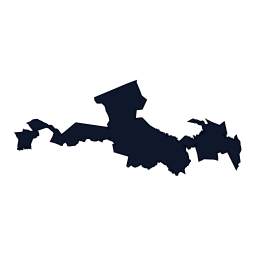 outline of San Marcos Arteaga, Oaxaca, Mexico
{"feature_id": "50627088B92396547767690", "entity_name": "San Marcos Arteaga", "entity_type": "district", "adm_level": 2, "iso_a3": "MEX", "parent_name": "Mexico", "parent_adm1": "Oaxaca", "projection": "mercator", "projection_center": [-97.907, 17.746], "detail": "fine", "context": "isolated", "style": "filled", "palette": "ink", "viewbox_px": 256, "rotation_deg": 0, "n_neighbors": 0, "source": "geoboundaries", "source_scale": "gbopen_adm2", "svg_char_len": 5930}
<svg xmlns="http://www.w3.org/2000/svg" viewBox="0 0 256 256"><path d="M136.1,80.9L126.8,84.4L94.9,97.8L95.1,100.0L96.7,102.3L97.2,102.8L99.2,103.0L101.6,102.6L104.0,104.6L105.3,106.1L106.3,109.6L106.4,110.9L106.8,111.4L108.5,114.7L109.3,116.8L110.1,120.8L107.8,124.2L108.8,127.9L75.9,123.1L63.8,133.2L61.2,134.9L57.6,129.9L56.5,129.3L55.8,129.2L54.7,129.3L53.3,127.5L52.3,126.4L51.4,125.7L50.9,125.5L49.6,125.7L48.5,125.6L47.9,125.3L47.1,124.5L45.8,123.8L43.5,122.9L42.8,122.8L41.8,121.7L40.8,121.5L40.0,121.0L39.2,120.8L37.6,119.7L36.4,119.6L34.2,119.9L32.6,120.3L30.5,122.1L29.5,122.3L27.6,123.1L28.9,123.8L29.6,125.5L34.4,131.2L30.8,131.6L29.1,131.1L28.4,130.7L27.4,130.4L24.3,130.1L23.7,129.7L22.8,132.5L15.4,133.0L16.5,134.7L16.9,136.1L17.7,137.2L18.3,137.7L18.7,138.5L19.0,139.6L19.0,141.5L18.7,142.4L18.2,145.7L18.1,146.2L18.4,147.8L18.2,148.2L17.7,148.8L17.7,149.0L19.5,149.8L20.0,149.6L20.6,149.1L20.9,148.6L20.9,148.2L21.1,148.1L21.3,148.3L21.4,149.0L22.1,149.5L22.9,149.0L22.9,148.8L22.4,148.0L23.0,147.2L23.3,147.1L23.9,147.1L24.3,146.8L24.5,147.0L25.0,148.6L25.4,148.5L25.7,148.1L26.4,148.0L26.5,147.4L27.0,147.6L27.1,148.3L27.2,148.5L27.4,148.5L27.8,148.2L28.0,147.6L29.1,148.2L29.3,148.2L29.6,147.8L30.6,148.3L30.3,144.0L32.6,138.0L34.9,137.6L35.9,137.2L36.2,136.6L36.9,135.8L37.5,135.5L38.4,135.4L38.5,135.1L38.5,133.9L38.1,133.1L38.0,132.1L36.9,131.5L36.5,131.0L36.2,130.5L45.3,127.3L46.4,127.0L48.6,127.6L53.9,132.0L54.3,133.1L53.3,136.4L50.7,141.4L54.1,142.2L59.3,144.1L60.9,145.1L62.2,145.1L62.6,143.6L62.8,143.3L64.0,142.7L64.6,141.7L65.1,141.6L65.7,142.0L67.5,143.8L67.4,144.1L67.8,145.4L68.1,145.5L68.9,145.7L69.9,145.7L72.2,145.2L74.9,145.1L75.4,144.7L76.1,143.8L77.7,142.8L78.2,141.3L78.1,140.4L78.4,140.0L80.8,140.4L81.2,140.3L83.3,141.1L84.4,141.3L85.0,140.1L85.2,139.2L86.5,138.5L87.3,138.2L88.1,138.1L89.3,138.4L90.6,138.3L90.8,139.0L90.8,139.5L91.5,140.2L95.0,140.8L95.8,140.8L96.5,140.6L97.3,140.3L97.9,139.8L98.6,139.8L98.8,140.0L101.9,141.5L102.1,140.7L102.6,140.0L103.5,139.3L109.4,138.3L108.7,139.4L113.1,141.1L115.5,144.3L113.1,144.7L114.4,151.7L129.2,156.1L127.1,165.9L127.8,166.6L128.7,166.7L130.5,164.8L132.4,165.2L133.2,166.2L135.1,166.9L137.3,166.2L139.2,165.2L140.6,164.1L141.6,164.2L143.0,166.5L145.3,167.5L147.4,167.4L148.2,168.8L148.7,169.0L152.3,166.4L152.8,166.5L154.1,166.0L154.4,165.0L155.8,164.8L156.4,164.2L157.4,161.3L158.1,161.2L159.2,162.1L160.0,161.3L160.6,161.2L164.5,164.1L167.7,165.2L167.5,165.9L167.6,166.4L168.0,166.8L169.0,167.3L169.2,167.9L168.9,169.4L169.0,170.0L169.3,170.1L170.2,170.0L170.6,170.4L170.7,170.9L170.9,171.1L171.4,171.0L172.0,170.3L172.3,170.3L172.5,170.5L172.4,172.7L173.0,172.9L173.7,172.9L174.3,172.5L174.8,172.6L175.4,173.4L175.9,174.6L176.3,175.0L176.7,175.1L177.5,174.9L177.7,173.9L178.2,172.7L178.9,171.9L180.1,171.4L180.8,171.2L181.7,171.4L182.6,171.8L184.5,173.0L183.9,169.9L184.1,168.7L184.7,167.2L185.9,166.6L186.8,165.5L187.7,165.2L188.8,163.3L189.6,161.5L190.2,161.3L190.2,160.7L189.9,160.3L188.6,159.6L188.3,158.2L188.2,156.3L187.8,155.3L187.6,154.1L186.8,152.6L185.7,151.9L185.2,150.2L185.4,147.7L185.3,147.2L184.9,146.5L184.1,146.3L184.0,145.8L184.5,145.9L185.0,145.5L185.9,145.7L187.1,147.0L187.5,147.7L188.1,148.1L188.6,148.9L189.9,148.5L190.8,146.7L191.4,146.4L192.4,146.9L193.6,146.8L194.5,146.5L195.0,146.0L195.4,145.2L195.0,144.3L195.6,144.0L196.0,147.5L197.8,153.4L199.1,160.9L200.5,160.1L202.5,159.4L203.1,158.6L204.2,158.5L214.4,158.9L217.4,159.8L217.4,156.6L216.7,153.2L220.6,151.1L220.7,151.4L220.8,151.4L220.8,151.8L221.0,152.2L221.3,152.4L221.5,152.3L221.7,152.9L221.9,153.1L222.1,153.0L222.3,153.4L222.6,153.4L227.6,151.4L236.3,169.1L237.4,166.6L238.1,166.1L237.1,165.0L237.3,164.5L238.3,162.9L239.8,161.9L238.7,153.8L240.6,150.3L240.6,148.1L239.8,144.7L239.7,142.1L239.4,141.3L237.7,139.5L236.5,137.0L236.3,135.7L235.4,136.4L235.3,136.8L235.0,137.1L234.8,137.7L234.9,138.3L234.9,139.6L234.2,140.0L232.9,139.2L232.3,139.0L231.9,138.6L231.0,138.8L230.7,138.3L229.6,138.3L229.5,138.0L229.5,137.6L229.4,137.6L228.8,138.4L228.2,138.5L228.0,138.4L228.2,137.5L227.7,137.8L226.6,137.9L226.0,137.8L225.0,137.2L224.9,136.9L225.1,136.6L225.3,136.4L226.0,136.1L225.9,135.7L225.7,135.4L225.4,135.4L224.6,135.5L223.9,135.5L226.6,133.7L224.1,122.2L219.6,125.7L211.7,122.6L206.8,120.1L208.2,122.2L208.4,122.9L208.4,123.6L208.2,124.3L207.6,124.8L206.2,124.9L205.2,124.7L204.3,124.0L203.8,122.4L203.4,121.8L202.9,121.4L202.2,121.2L201.6,121.7L200.2,121.6L198.9,121.1L197.0,120.2L195.3,120.1L193.2,119.3L192.5,119.4L189.0,121.4L193.0,122.1L195.3,122.7L196.4,122.4L197.0,122.6L197.8,123.6L198.9,124.3L202.0,124.8L202.3,125.2L202.6,126.7L202.8,127.1L202.9,127.5L202.7,127.9L203.7,130.0L204.4,130.6L204.6,131.0L204.5,131.4L203.7,131.8L202.1,131.1L201.9,131.2L201.3,132.2L200.5,132.7L200.4,133.0L200.7,133.2L202.7,133.4L202.9,133.8L202.7,134.1L202.4,134.2L200.1,133.9L199.7,134.2L199.4,135.2L199.2,135.5L197.9,135.6L197.0,135.2L196.7,135.3L196.7,135.5L196.9,136.0L196.8,137.1L196.4,137.2L195.4,137.3L194.1,136.1L193.8,136.1L194.8,138.2L193.5,140.4L193.1,140.3L192.7,139.7L192.0,139.4L192.3,138.5L192.2,138.4L191.9,138.4L191.0,138.7L190.2,138.2L189.8,137.4L189.6,137.3L189.1,137.5L188.7,137.0L187.8,137.3L187.0,136.9L186.7,136.3L185.9,136.5L185.2,136.3L180.2,141.1L178.4,141.5L178.2,141.5L177.7,140.8L177.0,140.9L176.5,140.4L176.6,139.5L176.8,139.1L176.9,138.5L176.0,138.5L175.7,138.4L175.5,137.7L174.6,137.0L172.2,137.1L171.7,136.3L171.3,136.0L170.8,135.9L169.8,136.4L167.8,135.9L167.5,135.3L167.7,134.3L166.7,133.8L165.8,134.7L165.8,135.5L164.6,134.1L164.3,133.9L164.1,133.6L164.1,133.3L161.1,132.3L160.6,132.3L160.0,131.9L159.9,131.7L159.2,131.4L158.9,130.9L158.7,130.8L158.8,130.7L158.6,130.4L158.6,130.1L158.0,130.0L157.3,130.0L156.5,129.3L155.8,129.6L149.4,125.7L142.2,118.3L141.1,118.1L135.0,118.8L136.1,109.5L142.0,108.9L146.2,99.9L141.3,96.0L139.3,90.6L135.9,82.6L136.1,80.9Z" fill="#0f172a" stroke="#020617" stroke-width="1.5"/></svg>